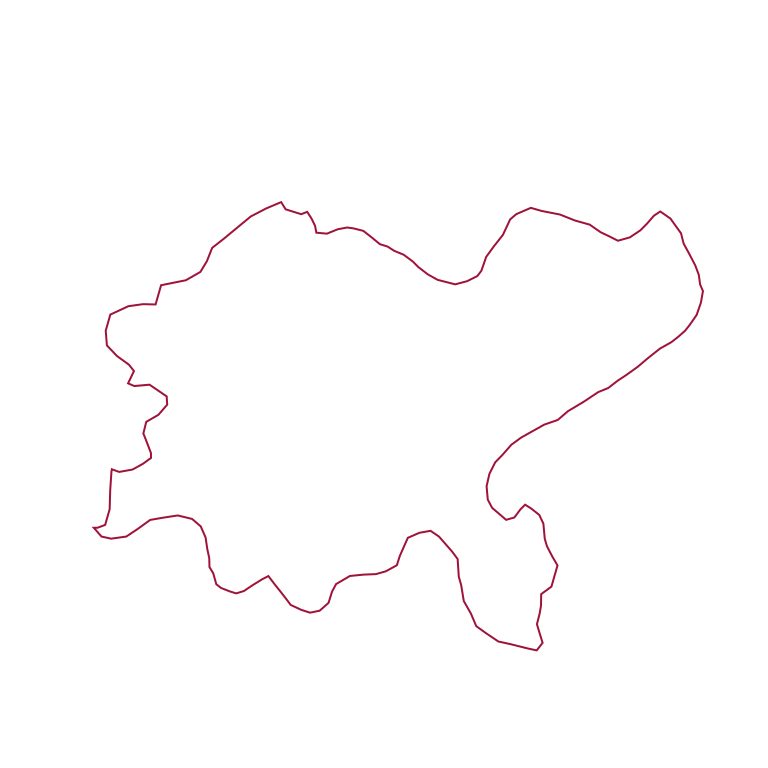 the district of Imishli District, İmişli, Azerbaijan, rotated 286°
{"feature_id": "54616110B47039748407948", "entity_name": "Imishli District", "entity_type": "district", "adm_level": 2, "iso_a3": "AZE", "parent_name": "Azerbaijan", "parent_adm1": "İmişli", "projection": "equal_earth", "projection_center": [48.045, 39.875], "detail": "fine", "context": "isolated", "style": "outline", "palette": "rose", "viewbox_px": 768, "rotation_deg": 286, "n_neighbors": 0, "source": "geoboundaries", "source_scale": "gbopen_adm2", "svg_char_len": 2482}
<svg xmlns="http://www.w3.org/2000/svg" viewBox="0 0 768 768"><g transform="rotate(286 384 384)"><path d="M530.5,235.0L520.4,222.5L508.4,209.8L479.1,189.7L467.5,181.3L453.2,179.9L441.1,176.6L429.1,164.9L417.5,142.5L413.3,142.5L397.5,142.5L394.3,130.3L388.3,116.8L375.3,101.8L358.6,101.8L344.7,107.0L337.3,119.6L332.2,133.6L327.5,140.1L314.1,137.8L313.2,144.4L318.7,158.8L312.2,178.5L304.4,181.3L292.3,175.7L282.1,165.9L270.1,166.3L265.9,169.6L253.4,179.0L248.7,180.4L240.9,174.3L232.5,165.9L226.5,153.7L227.0,145.9L224.5,146.2L206.4,150.1L188.0,154.8L171.7,154.8L166.9,148.3L165.8,144.7L159.5,154.5L160.1,164.3L166.3,178.3L176.4,186.9L188.9,196.7L194.6,208.5L200.8,222.0L201.4,236.7L196.6,247.1L187.3,254.8L176.7,259.6L168.5,264.0L159.9,266.7L155.0,272.0L145.3,278.0L143.0,283.6L142.1,293.2L142.0,299.7L146.4,306.4L154.0,312.8L162.5,320.5L167.5,325.8L161.1,334.4L156.0,341.6L148.9,351.3L145.9,355.2L144.1,366.6L143.8,375.9L148.3,384.6L158.3,391.0L170.2,391.3L178.5,393.1L190.1,404.2L195.2,417.1L199.0,428.6L204.4,437.3L213.3,446.3L223.1,446.6L242.7,449.3L250.7,459.0L255.7,469.2L252.5,478.9L247.1,487.3L241.8,495.5L236.1,503.0L219.4,509.0L212.0,513.6L197.4,520.5L187.3,530.8L176.6,539.5L172.4,551.3L168.0,564.9L168.8,577.6L169.4,594.8L170.0,604.1L170.2,604.3L178.9,607.8L188.7,601.4L195.3,597.2L206.3,596.9L214.3,596.0L225.3,593.0L235.4,600.8L257.4,600.8L264.9,593.0L272.9,585.4L279.5,581.2L293.7,575.7L300.9,569.4L304.8,560.0L306.9,552.9L301.1,549.7L291.6,546.1L287.1,538.8L294.8,522.0L301.5,515.6L314.0,510.8L326.7,510.1L339.4,512.5L348.3,517.3L360.8,523.2L370.2,530.5L377.9,538.1L389.1,549.2L397.3,560.9L408.7,568.4L421.7,580.6L435.3,592.2L442.0,600.7L451.7,607.8L459.4,614.4L470.4,623.1L480.6,629.9L486.7,634.2L494.2,639.6L503.3,648.6L510.6,653.9L518.3,658.8L525.4,661.7L536.6,665.5L549.6,666.2L561.2,665.0L566.7,660.5L575.7,656.5L583.8,650.5L593.3,641.5L601.6,633.3L610.7,628.0L617.0,620.0L622.0,613.7L626.0,602.0L620.2,597.1L610.8,592.7L602.4,588.1L592.7,579.9L586.2,569.4L588.1,559.4L589.6,550.4L593.9,537.8L593.8,522.4L595.4,506.5L593.8,487.7L593.8,476.6L583.8,464.4L577.0,459.9L560.1,457.2L546.7,451.7L534.4,447.2L519.8,446.4L513.5,444.0L505.7,435.5L499.4,424.9L498.9,406.7L501.5,395.8L505.9,384.7L509.6,378.1L513.7,367.3L514.8,357.2L517.1,349.6L517.3,341.5L521.2,332.5L525.5,321.9L525.2,312.1L524.3,305.5L520.0,296.9L512.8,287.7L510.8,277.3L517.1,274.1L523.3,268.5L528.3,262.7L524.4,257.6L524.8,241.3L530.5,235.0Z" fill="none" stroke="#9f1239" stroke-width="2"/></g></svg>